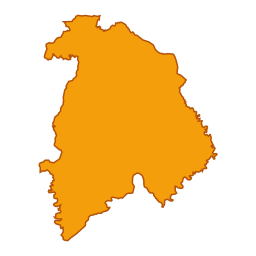 Makeoana, Berea, Lesotho
{"feature_id": "5366337B60128688215612", "entity_name": "Makeoana", "entity_type": "district", "adm_level": 2, "iso_a3": "LSO", "parent_name": "Lesotho", "parent_adm1": "Berea", "projection": "albers", "projection_center": [28.111, -29.223], "detail": "fine", "context": "isolated", "style": "filled", "palette": "amber", "viewbox_px": 256, "rotation_deg": 0, "n_neighbors": 0, "source": "geoboundaries", "source_scale": "gbopen_adm2", "svg_char_len": 5680}
<svg xmlns="http://www.w3.org/2000/svg" viewBox="0 0 256 256"><path d="M163.1,207.1L164.5,204.3L164.7,200.1L167.4,199.3L171.1,201.1L172.9,200.6L172.8,199.8L170.9,199.2L170.1,197.8L171.5,194.6L175.0,194.1L176.6,193.2L175.3,190.7L175.1,186.2L175.7,186.1L178.1,187.8L181.0,188.4L182.7,187.8L183.0,186.9L182.6,185.6L181.3,184.3L181.0,183.1L182.3,182.0L183.4,177.9L184.8,177.0L186.3,178.1L187.5,179.6L189.7,179.9L191.0,179.1L191.4,177.8L189.6,176.9L189.3,176.3L189.5,175.8L191.8,175.7L193.1,175.1L192.9,172.4L193.8,172.3L194.7,173.8L195.5,173.0L195.7,171.8L196.4,171.5L198.4,172.1L200.0,171.5L201.3,170.0L202.4,171.4L203.1,168.9L203.7,168.5L206.3,168.5L206.7,168.0L204.7,165.2L205.0,164.5L206.3,164.3L206.7,163.0L207.7,162.5L208.0,161.9L206.5,160.8L206.8,160.2L208.6,159.6L210.6,157.3L211.2,156.1L212.0,155.9L214.0,159.1L214.7,158.8L214.8,158.4L214.2,156.7L216.8,154.8L216.7,153.7L215.1,153.6L213.5,154.2L212.6,152.9L215.0,148.5L214.5,147.6L213.3,147.7L211.4,146.8L211.3,146.2L211.8,145.6L213.0,146.2L213.6,146.0L210.8,140.1L211.2,137.8L210.3,134.7L209.8,134.5L208.5,136.2L207.0,134.7L205.3,135.1L204.4,133.8L204.3,132.2L205.0,131.8L206.2,132.5L206.8,131.7L206.7,130.5L205.3,129.9L205.2,129.3L207.0,129.1L207.4,126.6L206.2,126.1L204.9,126.5L204.0,127.4L202.3,126.6L201.4,123.4L202.1,120.9L198.5,121.0L199.5,120.2L199.9,118.5L197.2,118.9L196.4,117.8L199.4,116.0L199.6,115.1L199.1,114.7L197.1,115.9L195.9,115.9L196.6,112.1L195.9,111.5L194.1,111.8L193.2,108.7L192.3,107.9L191.5,108.0L190.4,108.9L189.5,107.5L186.1,106.1L186.2,104.2L184.7,103.1L185.8,102.1L184.8,101.5L185.0,100.1L183.4,99.2L183.5,97.8L181.2,95.3L180.7,93.5L179.5,92.2L180.0,89.6L179.2,88.0L180.4,87.5L180.9,86.2L181.7,86.1L183.4,84.7L183.6,83.5L185.0,82.5L185.2,81.0L186.2,80.0L180.9,75.3L177.4,73.8L177.0,73.3L177.7,67.0L176.2,60.7L174.7,56.4L173.4,54.3L172.9,54.1L167.3,53.6L165.8,54.3L164.0,53.8L162.9,54.2L162.2,53.5L160.6,53.5L157.7,51.9L155.3,49.4L153.3,45.0L148.8,41.9L142.9,40.0L137.1,35.4L134.8,35.0L133.6,32.8L132.7,32.0L131.3,32.8L129.9,31.3L129.1,29.3L128.4,29.1L127.9,27.5L126.9,27.1L125.6,24.6L121.9,22.5L120.1,22.2L119.2,22.9L118.0,22.5L117.1,23.1L115.7,23.0L115.4,25.2L114.5,25.8L112.4,25.3L110.8,26.8L109.9,28.8L106.4,30.5L105.1,30.0L104.6,30.4L104.9,31.0L104.2,31.2L103.4,31.0L103.1,30.1L99.8,28.6L100.5,27.1L99.7,26.4L99.1,26.4L98.4,27.3L97.6,27.5L97.9,26.8L97.1,26.9L95.9,26.1L96.7,24.7L97.1,21.7L97.9,19.9L99.2,19.9L99.4,17.2L99.9,15.8L97.4,16.4L93.6,15.6L92.6,16.6L85.2,15.5L82.1,16.0L77.9,15.4L75.9,16.4L75.3,18.0L73.1,19.7L72.0,21.5L63.7,21.8L64.6,22.4L66.0,25.0L66.0,26.3L68.2,26.8L69.1,27.8L70.0,30.1L69.5,30.7L68.3,30.8L67.4,30.4L66.5,31.4L63.5,31.6L62.9,33.9L61.8,35.3L61.4,36.9L57.2,38.0L54.9,40.7L54.7,41.7L52.6,43.1L50.8,43.2L49.4,42.6L46.4,44.1L46.0,45.7L47.0,49.0L45.5,52.3L45.6,53.2L44.9,54.4L44.4,57.0L45.0,57.9L46.2,58.2L47.8,59.8L48.4,59.9L49.0,59.1L50.2,59.5L51.1,59.1L52.0,57.7L53.0,55.4L52.8,54.6L53.2,53.9L53.9,54.0L54.4,55.6L55.8,56.1L56.9,57.7L58.9,58.1L60.9,55.9L61.3,57.3L63.3,58.5L63.4,59.4L64.6,58.7L66.4,58.7L67.1,59.4L68.4,59.7L70.5,59.4L70.6,59.0L70.4,57.9L69.2,56.0L69.2,55.3L70.0,54.8L70.5,55.0L70.5,56.4L71.2,56.9L72.2,56.1L72.3,55.2L73.2,55.5L74.5,57.3L75.1,57.2L75.4,56.2L76.6,56.0L77.8,56.5L77.5,57.0L78.0,57.9L77.6,59.7L78.4,60.9L78.7,62.6L77.7,67.1L78.2,68.9L76.9,70.9L76.3,72.8L76.6,75.7L74.9,77.8L73.1,79.1L73.1,79.9L72.3,80.6L68.8,81.4L66.4,85.4L66.1,86.7L66.5,86.8L66.4,88.3L65.1,89.4L64.7,90.4L63.3,97.3L63.6,101.4L63.3,101.9L63.1,104.5L60.8,108.0L60.6,111.2L58.5,113.3L58.5,114.3L55.3,116.7L54.4,118.6L54.2,120.5L52.9,123.0L53.0,124.9L55.1,126.4L54.3,126.9L52.7,126.5L53.8,129.1L53.6,129.8L54.2,130.2L55.6,132.5L55.6,133.9L56.5,134.6L56.2,136.4L55.3,137.7L55.1,139.0L55.3,141.5L54.4,144.0L54.4,145.5L59.4,149.8L60.8,149.9L61.9,152.2L59.6,158.9L53.6,162.9L50.0,162.0L48.6,160.2L45.2,160.2L42.9,162.3L41.3,162.5L39.7,163.4L39.2,165.6L40.3,167.4L40.2,172.3L42.1,171.1L45.4,171.0L47.0,169.9L49.5,171.7L50.3,173.9L51.9,174.0L52.1,174.7L53.3,175.7L52.8,177.5L53.4,178.0L54.1,180.4L52.7,180.8L52.9,181.3L52.5,182.3L51.2,183.1L51.1,183.7L53.1,185.2L52.8,185.7L51.1,185.5L50.1,186.0L50.0,186.5L51.1,187.8L50.9,189.4L52.1,189.7L52.3,190.1L50.8,190.8L48.9,190.1L48.4,191.5L49.0,192.6L52.8,192.4L54.2,191.9L55.4,192.9L55.4,193.9L53.8,195.2L54.0,197.9L55.2,198.5L57.1,198.5L57.7,200.4L56.9,202.6L55.0,203.1L53.6,204.2L54.1,205.6L56.0,206.5L57.4,206.4L60.6,205.0L59.8,206.9L59.9,208.4L58.3,208.5L58.3,209.1L58.5,210.3L60.4,210.4L60.9,211.8L60.1,212.8L58.4,212.9L55.9,214.0L55.5,216.9L55.1,217.4L54.5,217.3L55.1,218.0L57.9,218.9L61.5,219.0L61.5,219.6L59.7,220.8L55.5,220.3L54.8,221.2L54.7,222.3L56.0,223.8L60.1,225.0L60.6,225.9L60.5,227.7L60.9,228.4L61.6,228.3L62.6,227.2L63.3,227.7L63.0,229.8L63.3,232.0L61.1,235.1L63.3,237.3L63.0,238.9L64.0,239.9L65.1,240.3L67.8,240.6L70.9,237.7L76.1,234.0L85.2,225.8L85.7,222.1L88.3,219.9L88.6,217.2L90.4,215.5L94.1,214.7L95.0,213.9L96.6,214.2L98.1,213.1L101.2,213.3L103.1,211.7L106.0,211.1L106.4,210.5L107.6,210.5L108.0,209.6L109.4,208.5L109.7,207.4L107.6,207.6L107.0,207.0L106.6,204.9L105.3,203.2L105.3,202.2L107.3,200.6L111.3,201.0L112.0,200.2L111.1,198.7L112.0,197.2L116.8,197.9L117.5,198.5L118.6,198.6L121.1,197.6L122.4,198.1L126.9,193.7L128.8,193.1L130.2,193.4L132.7,192.9L134.2,186.9L134.1,185.9L132.8,184.2L132.3,182.2L132.8,176.6L133.9,175.0L136.7,173.3L138.5,173.1L141.6,175.0L142.6,176.4L143.8,180.2L143.9,184.4L144.4,186.8L147.1,188.3L148.2,190.8L150.2,193.0L152.1,192.8L153.6,193.8L153.9,194.2L153.7,195.4L155.6,197.6L155.6,198.3L156.5,198.7L157.5,200.4L158.1,200.4L158.8,201.8L161.1,202.6L161.6,203.2L162.6,205.2L162.6,205.9L161.9,206.4L162.0,206.9L163.1,207.1Z" fill="#f59e0b" stroke="#b45309" stroke-width="1.5"/></svg>